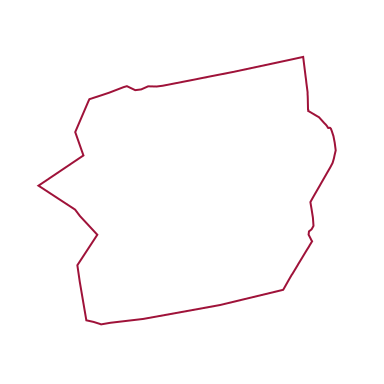 outline of Um Kadadah, North Darfur, Sudan, rotated 349°
{"feature_id": "16777658B38169285241768", "entity_name": "Um Kadadah", "entity_type": "district", "adm_level": 2, "iso_a3": "SDN", "parent_name": "Sudan", "parent_adm1": "North Darfur", "projection": "orthographic", "projection_center": [27.208, 13.486], "detail": "fine", "context": "isolated", "style": "outline", "palette": "rose", "viewbox_px": 384, "rotation_deg": 349, "n_neighbors": 0, "source": "geoboundaries", "source_scale": "gbopen_adm2", "svg_char_len": 1619}
<svg xmlns="http://www.w3.org/2000/svg" viewBox="0 0 384 384"><g transform="rotate(349 192 192)"><path d="M253.9,82.0L232.9,82.0L213.4,82.1L183.5,82.1L177.4,81.7L169.1,79.9L161.7,81.6L155.7,81.2L148.3,75.7L144.9,76.0L140.4,76.8L129.7,78.7L121.3,79.8L109.0,81.3L107.6,83.2L88.8,110.9L92.4,135.4L42.5,156.5L59.8,173.3L73.9,187.0L77.4,194.2L90.9,215.9L65.5,242.0L64.7,258.6L63.8,297.8L70.5,300.7L76.4,303.9L77.5,304.6L86.9,304.8L119.9,307.3L197.8,308.3L220.6,307.3L262.8,305.4L263.2,305.0L263.9,304.2L270.2,296.8L270.9,296.0L274.2,292.2L274.6,291.9L275.8,290.6L282.2,283.5L282.4,283.2L284.7,280.7L293.3,271.2L296.4,267.9L297.3,266.8L298.6,265.4L300.5,263.3L300.1,262.3L299.9,261.7L299.7,261.0L299.7,260.9L298.6,257.1L298.3,256.1L298.5,255.5L298.7,254.9L299.3,253.0L301.6,251.8L302.3,251.4L302.9,250.7L303.5,250.0L304.8,248.4L305.3,244.4L305.7,241.0L305.8,239.9L306.1,231.7L306.2,227.4L306.3,224.5L307.7,222.8L309.3,220.9L312.4,217.3L318.5,210.3L320.2,208.3L328.5,198.7L332.5,194.1L335.4,190.5L335.7,190.0L337.1,187.3L337.8,185.9L339.1,182.8L341.0,178.6L341.3,174.0L341.5,170.7L341.5,168.3L341.5,165.9L341.5,165.2L341.5,163.9L341.4,163.4L340.9,159.2L340.4,156.3L340.1,155.9L339.8,155.4L339.4,155.2L339.2,155.2L338.9,155.2L338.6,155.2L338.2,155.2L337.9,155.1L337.6,154.7L337.6,154.4L337.1,153.1L336.8,152.5L336.1,151.2L335.8,150.8L334.8,149.3L330.9,142.8L328.9,141.1L321.8,134.8L321.6,134.7L321.8,133.5L321.6,133.3L323.5,122.3L323.9,119.8L324.1,118.1L324.5,116.1L325.1,106.6L325.4,103.0L325.5,101.0L326.5,86.3L326.6,84.9L326.9,80.6L314.5,80.9L255.2,82.0L253.9,82.0Z" fill="none" stroke="#9f1239" stroke-width="2"/></g></svg>